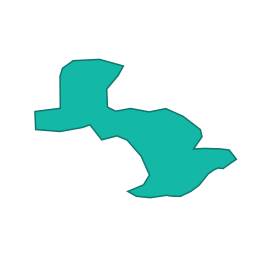 map outline of Preilu (Robinson projection), rotated 334°
{"feature_id": "LVA-1089", "entity_name": "Preilu", "entity_type": "Municipality", "adm_level": 1, "iso_a3": "LVA", "parent_name": "Latvia", "parent_adm1": "", "projection": "robinson", "projection_center": [26.704, 56.28], "detail": "fine", "context": "isolated", "style": "filled", "palette": "teal", "viewbox_px": 256, "rotation_deg": 334, "n_neighbors": 0, "source": "natural_earth", "source_scale": "10m", "svg_char_len": 704}
<svg xmlns="http://www.w3.org/2000/svg" viewBox="0 0 256 256"><g transform="rotate(334 128 128)"><path d="M156.7,212.5L145.1,212.4L138.0,208.7L132.9,205.3L117.5,200.4L105.7,193.1L100.0,184.9L117.0,185.9L126.7,179.7L127.5,159.1L121.9,138.4L114.6,130.2L99.2,127.1L95.2,108.5L87.1,107.5L65.3,101.3L44.3,88.9L51.6,72.4L75.8,80.6L89.6,51.7L95.3,45.6L108.2,43.5L132.4,53.8L151.0,70.3L142.1,76.5L125.9,83.7L118.7,100.2L124.3,107.5L138.9,111.6L154.2,122.9L170.4,127.1L182.5,141.5L192.3,161.1L190.7,168.3L177.7,175.6L187.4,179.7L201.2,186.9L209.3,192.1L211.7,203.6L205.3,204.5L195.7,206.1L191.4,203.4L186.1,203.3L179.9,204.4L167.1,210.5L156.7,212.5Z" fill="#14b8a6" stroke="#0f766e" stroke-width="1.5"/></g></svg>